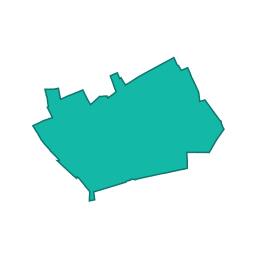 outline of Lunguletu, Dâmbovita, Romania, rotated 109°
{"feature_id": "2599482B28645513171347", "entity_name": "Lunguletu", "entity_type": "district", "adm_level": 2, "iso_a3": "ROU", "parent_name": "Romania", "parent_adm1": "Dâmbovita", "projection": "orthographic", "projection_center": [25.659, 44.619], "detail": "fine", "context": "isolated", "style": "filled", "palette": "teal", "viewbox_px": 256, "rotation_deg": 109, "n_neighbors": 0, "source": "geoboundaries", "source_scale": "gbopen_adm2", "svg_char_len": 5648}
<svg xmlns="http://www.w3.org/2000/svg" viewBox="0 0 256 256"><g transform="rotate(109 128 128)"><path d="M181.9,184.4L182.1,184.0L182.6,182.7L182.9,182.0L183.4,181.0L183.8,180.0L185.3,176.7L185.9,175.3L187.3,172.1L188.4,169.6L189.0,168.4L189.9,166.2L190.5,165.0L191.0,163.7L191.7,161.9L191.8,161.8L191.8,161.7L192.1,161.1L192.1,160.7L192.2,160.4L192.3,160.2L190.7,160.2L190.8,159.8L190.9,159.4L191.0,159.1L191.1,158.9L191.4,158.5L191.5,158.3L191.8,157.5L191.9,157.3L192.1,156.9L192.5,156.4L192.6,156.2L192.9,155.8L193.3,155.1L193.8,154.4L194.0,154.1L194.2,153.6L194.3,153.4L194.7,152.8L195.1,152.3L195.1,152.2L195.9,150.9L196.7,149.7L197.7,148.2L198.3,147.1L199.3,145.5L199.6,145.0L199.9,144.5L200.5,143.6L202.4,142.9L203.0,142.7L203.3,142.6L203.5,142.6L203.9,142.5L204.2,142.4L204.4,142.3L204.9,142.2L205.3,142.1L206.2,141.8L207.6,141.4L208.3,141.2L209.5,140.8L206.7,136.1L199.6,139.7L199.4,139.4L199.0,138.8L198.4,138.0L198.3,137.8L198.0,137.4L197.5,136.8L196.8,135.8L195.8,134.3L194.3,132.2L194.0,131.9L193.8,131.7L193.1,130.7L192.8,130.3L192.7,130.0L191.4,128.2L189.2,125.3L189.0,125.1L188.9,124.9L188.0,123.6L187.1,122.3L186.1,121.0L185.0,119.4L183.9,118.0L183.3,117.1L182.8,116.3L182.2,115.6L181.9,115.2L181.4,114.5L181.1,114.1L180.9,113.9L180.8,113.7L180.0,112.4L179.9,112.4L179.5,112.3L179.0,112.1L178.8,112.0L178.5,111.7L178.1,111.2L178.0,110.9L177.8,110.6L177.5,110.5L177.2,110.3L177.1,109.8L176.8,109.2L176.5,108.6L175.5,108.3L175.3,108.2L174.9,107.8L174.9,107.5L175.0,107.1L174.9,106.4L174.5,104.2L174.2,103.7L173.8,103.8L173.7,103.5L172.9,102.2L172.1,100.9L171.2,99.5L170.2,97.8L170.0,97.6L169.9,97.4L169.3,96.4L168.5,95.0L167.9,94.1L167.6,93.5L167.4,93.3L166.7,92.1L165.8,90.5L161.0,82.7L160.1,81.2L159.4,79.8L157.1,75.8L157.0,75.7L155.5,73.2L155.3,73.0L153.9,70.6L152.4,68.1L150.5,65.0L149.2,62.8L149.2,62.6L148.4,61.3L147.4,59.8L146.9,58.9L146.5,59.0L145.1,59.4L144.0,59.8L143.0,60.2L141.3,60.7L140.1,61.2L139.4,61.4L138.5,61.8L137.7,62.2L136.2,62.8L135.0,63.2L134.7,63.3L134.2,63.5L133.9,63.7L133.4,63.9L132.8,64.2L132.6,64.4L132.1,64.6L131.9,64.6L131.7,63.8L130.7,60.9L129.8,58.4L129.2,56.8L128.4,54.1L127.1,50.5L126.0,47.2L125.0,44.2L124.8,43.3L124.4,43.2L120.5,42.4L116.4,41.6L112.6,40.9L110.9,40.5L109.2,40.1L103.4,38.5L99.4,37.3L98.0,36.9L98.0,37.0L97.3,37.6L96.1,38.9L96.0,39.0L95.8,39.1L95.0,39.6L94.5,40.2L93.6,40.9L93.3,41.2L92.9,41.6L92.5,41.7L92.1,41.8L91.8,41.9L91.5,42.0L91.2,42.3L91.2,42.5L91.1,43.4L90.3,44.5L76.4,64.5L76.6,64.6L79.6,68.8L78.4,69.4L77.9,69.6L77.0,70.0L75.3,70.8L73.1,71.9L71.5,72.7L71.0,73.1L70.0,73.9L67.9,76.0L64.6,79.1L62.4,81.2L61.2,82.4L58.3,85.6L58.0,85.5L55.9,87.2L51.6,91.2L56.2,96.4L56.0,96.6L52.9,100.2L52.7,100.4L52.5,100.9L52.5,101.1L52.6,101.5L52.5,102.0L47.9,106.2L46.8,107.3L46.5,107.6L50.1,110.9L50.6,111.3L55.7,116.1L61.4,121.3L66.8,126.3L71.8,130.8L74.7,133.4L74.9,133.6L75.1,133.8L75.6,134.2L78.2,136.4L78.7,136.7L79.2,137.1L83.9,140.8L84.5,141.3L88.2,144.4L87.7,145.0L84.0,149.6L82.7,151.0L84.0,152.0L79.3,156.0L79.6,156.4L81.4,158.5L84.5,161.7L87.2,159.5L90.1,157.1L92.1,155.6L92.9,155.0L93.0,154.8L95.0,153.3L95.1,153.1L96.4,152.1L96.9,151.7L97.5,151.0L99.8,152.4L100.5,152.9L101.1,153.1L101.9,153.7L102.4,154.2L103.6,155.0L105.0,155.9L106.0,156.3L106.2,156.5L106.3,156.9L106.0,157.3L105.2,157.1L104.6,158.0L105.6,161.0L105.8,161.3L107.7,165.2L107.6,165.3L108.0,165.5L109.1,166.0L110.4,166.7L110.9,167.0L111.5,167.3L112.2,167.7L112.8,168.0L113.8,168.6L114.3,168.8L115.5,169.5L116.2,169.9L117.1,170.5L118.1,171.1L116.8,172.6L115.2,174.4L113.8,176.0L113.7,176.1L113.4,176.4L112.5,177.3L111.4,178.4L110.5,179.4L109.4,180.5L108.6,181.2L107.8,182.0L107.3,182.6L106.8,183.0L106.7,183.1L107.8,184.3L108.4,185.0L109.4,186.1L110.8,187.7L111.4,188.4L111.9,189.0L112.2,189.4L112.5,189.7L112.5,189.8L112.8,190.0L113.2,190.5L113.5,190.9L113.9,191.2L114.2,191.5L114.5,191.9L114.9,192.3L115.4,193.0L115.5,193.1L115.6,193.3L115.8,193.6L116.0,193.8L116.3,194.1L117.1,195.0L117.7,195.7L119.1,197.1L120.4,198.5L121.8,200.0L122.2,200.4L122.6,200.8L122.7,201.0L122.6,201.3L122.2,201.5L121.7,201.8L121.2,202.1L120.9,202.3L120.5,202.5L120.0,202.8L119.1,203.3L118.2,203.9L117.8,204.1L117.4,204.3L117.1,204.4L116.9,204.5L116.4,204.9L115.3,205.5L114.7,205.9L114.3,206.1L113.9,206.3L113.7,206.4L113.5,206.5L113.1,206.8L113.6,207.6L114.9,209.7L115.2,210.3L115.7,211.5L117.4,216.0L118.4,219.1L118.6,219.0L119.8,218.3L121.3,217.3L122.7,216.3L123.8,215.9L124.3,215.5L124.6,215.2L124.8,214.8L125.0,214.7L125.6,214.4L126.2,214.0L126.5,213.9L127.3,213.5L127.9,213.2L128.3,213.0L128.6,212.9L129.0,212.7L129.3,212.6L130.3,212.1L133.0,210.6L133.6,210.3L133.9,210.3L134.3,210.7L134.4,210.9L134.6,211.1L136.5,209.2L139.5,206.1L140.4,205.3L141.5,204.1L142.3,203.3L142.6,203.1L142.9,203.0L143.1,202.9L143.5,203.0L143.5,203.4L143.6,203.7L143.9,204.3L144.7,205.4L144.9,205.8L145.6,206.5L145.9,206.8L146.3,207.3L146.6,207.6L147.9,209.5L148.4,210.1L149.0,210.7L150.1,211.8L150.3,211.9L151.5,213.1L152.2,213.8L152.8,214.5L153.5,215.2L155.6,217.4L156.1,217.8L156.6,218.4L156.9,218.7L160.8,213.9L161.6,213.0L161.8,212.7L161.9,212.4L162.4,211.6L163.6,210.5L164.0,210.1L164.4,209.5L164.6,209.3L164.8,209.1L165.3,208.6L165.7,208.1L166.1,207.5L166.3,207.3L166.4,207.2L166.8,206.8L167.6,206.0L167.7,205.8L167.8,205.5L167.9,205.2L168.0,205.1L168.2,204.8L168.5,204.4L168.8,204.0L169.8,202.5L170.1,202.1L170.1,201.9L170.3,201.7L171.0,200.4L171.5,199.5L171.9,198.9L171.9,198.7L172.5,197.7L172.8,197.2L173.0,197.0L173.5,196.0L173.6,195.7L174.3,194.5L174.5,194.4L174.8,194.2L176.9,189.8L179.9,183.8L180.6,182.7L180.8,182.4L181.1,182.5L181.4,182.8L181.6,183.2L181.9,184.4Z" fill="#14b8a6" stroke="#0f766e" stroke-width="1.5"/></g></svg>